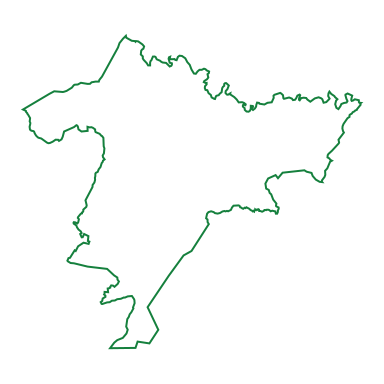 Upper Denkyira East Municipal, Central, Ghana
{"feature_id": "2480657B45731574572143", "entity_name": "Upper Denkyira East Municipal", "entity_type": "district", "adm_level": 2, "iso_a3": "GHA", "parent_name": "Ghana", "parent_adm1": "Central", "projection": "orthographic", "projection_center": [-1.726, 5.836], "detail": "fine", "context": "isolated", "style": "outline", "palette": "green", "viewbox_px": 384, "rotation_deg": 0, "n_neighbors": 0, "source": "geoboundaries", "source_scale": "gbopen_adm2", "svg_char_len": 5849}
<svg xmlns="http://www.w3.org/2000/svg" viewBox="0 0 384 384"><path d="M322.2,182.1L321.8,181.6L322.0,180.3L324.5,177.0L325.3,174.9L325.1,170.8L327.3,168.4L330.1,161.7L331.9,160.7L330.3,159.8L329.3,158.4L327.5,157.4L327.7,155.2L328.4,154.0L331.9,150.8L338.8,143.3L339.1,142.4L338.5,139.7L343.9,132.6L343.0,131.0L342.4,128.5L342.6,126.2L343.6,123.8L347.5,118.2L349.5,116.9L349.5,115.2L349.9,114.7L351.9,113.5L352.7,112.2L354.4,111.4L355.2,110.5L356.9,109.8L357.0,109.2L360.6,104.8L360.2,103.6L361.0,102.9L359.3,102.7L358.9,102.1L358.8,100.2L354.8,99.3L353.1,100.5L351.7,100.9L351.3,100.2L351.3,99.1L352.2,95.6L347.6,93.5L345.5,94.6L345.4,95.2L346.4,98.8L347.5,101.1L346.6,102.5L343.9,103.0L341.4,104.0L340.3,106.4L338.4,109.1L336.4,107.8L335.2,104.2L336.1,100.6L337.4,99.2L335.0,97.1L334.4,96.1L331.2,93.9L329.4,91.6L328.5,93.3L328.2,95.7L328.3,96.4L329.6,98.6L329.4,98.9L326.3,102.1L323.6,102.7L322.3,99.2L321.2,98.3L318.6,97.3L314.8,98.4L310.3,101.7L307.3,99.5L306.2,98.0L303.6,97.7L301.2,98.1L299.7,100.3L299.0,99.8L299.1,98.3L300.2,95.2L299.6,94.6L297.4,95.6L296.1,98.4L295.0,99.8L293.0,100.1L291.9,98.6L289.1,97.5L284.0,98.8L283.4,98.2L283.0,95.2L281.2,93.5L280.2,92.9L274.4,94.8L273.5,95.8L273.7,97.9L271.7,102.3L267.5,102.8L264.4,104.5L259.4,103.7L259.0,102.9L257.1,102.6L256.3,104.9L256.1,106.6L254.9,108.5L253.0,110.0L251.8,109.0L251.8,108.3L253.1,106.8L252.8,106.0L250.8,105.8L250.8,108.5L250.0,110.7L248.6,111.7L246.5,111.5L244.8,109.9L244.6,108.1L242.9,106.6L242.9,105.2L243.6,104.5L245.4,105.2L245.7,104.3L244.0,102.9L242.1,102.2L238.7,102.4L236.7,99.5L234.3,97.1L230.1,94.3L230.3,93.3L229.1,94.0L228.7,94.5L227.5,94.7L226.8,94.5L225.5,93.0L225.7,91.1L227.4,89.2L228.8,85.5L226.2,83.1L225.2,83.1L224.2,84.0L224.2,85.8L222.9,86.9L222.2,88.2L221.6,92.2L219.8,93.7L218.7,95.2L216.7,95.7L216.0,96.2L215.0,99.0L214.3,98.9L211.6,97.4L210.8,94.9L208.6,93.2L207.3,90.2L205.5,89.9L204.8,88.0L205.0,86.2L206.6,84.4L206.6,82.9L205.6,83.0L203.8,82.1L204.3,81.0L207.1,79.2L208.3,77.5L207.5,74.2L208.8,73.1L209.1,71.5L206.7,70.4L205.5,69.2L204.0,68.7L201.8,69.8L199.5,69.8L197.6,71.4L195.8,73.8L193.9,73.5L191.5,69.5L189.7,64.8L187.3,62.1L185.3,58.3L182.0,56.0L179.5,55.7L177.9,56.9L176.6,60.2L175.2,59.9L174.6,59.1L174.2,59.0L173.4,59.2L170.0,59.2L169.7,58.5L170.1,56.8L169.0,57.3L168.6,58.8L169.7,62.7L171.9,63.3L171.9,64.7L171.3,65.8L169.9,66.4L169.7,66.5L166.1,62.9L162.6,62.5L161.1,61.7L160.2,60.8L156.7,59.3L155.5,56.9L154.5,56.5L152.9,56.6L151.4,60.2L150.5,61.2L150.1,62.6L150.1,65.4L148.1,65.4L146.7,63.1L143.7,59.9L142.8,58.5L142.8,56.4L140.8,54.5L141.2,50.8L142.0,49.6L143.4,48.7L144.1,46.4L142.4,44.4L138.2,41.4L136.1,41.1L135.5,41.7L135.2,41.1L131.8,40.8L126.3,37.7L125.9,35.8L123.0,38.7L119.5,43.1L118.0,47.5L102.0,76.6L99.4,79.8L98.8,81.6L95.5,81.6L91.6,82.3L90.0,83.8L87.7,83.9L80.9,82.8L77.8,84.5L74.7,84.7L73.8,85.2L71.8,87.7L66.6,90.9L64.2,91.7L62.9,92.0L54.2,91.3L49.5,93.8L23.0,109.5L25.9,110.9L26.1,112.0L27.2,113.1L27.3,113.7L28.0,114.5L30.1,118.1L29.7,121.5L30.3,122.8L30.3,123.7L29.6,126.8L30.0,129.6L31.3,130.7L33.4,131.1L34.1,131.6L34.7,133.3L35.7,135.0L36.5,136.1L38.3,137.7L41.3,138.5L47.1,142.7L48.4,143.2L49.9,143.0L52.7,141.7L55.6,139.7L58.2,139.8L59.0,140.9L61.5,139.4L62.7,136.8L64.1,131.5L74.0,127.1L76.4,125.2L77.1,125.5L77.8,126.4L78.5,129.4L81.5,131.5L87.6,130.9L87.5,126.8L89.6,127.4L91.4,127.2L92.9,127.8L95.1,129.4L95.2,131.0L95.6,132.1L99.6,133.8L101.5,135.9L102.1,136.1L103.4,137.9L103.7,146.3L104.4,148.4L103.9,153.4L102.7,155.5L103.0,157.2L104.6,159.4L103.0,160.6L102.7,161.9L101.7,163.1L100.5,167.0L98.7,169.3L97.7,171.9L95.9,172.8L95.4,173.6L95.3,176.3L94.9,177.9L95.1,179.8L94.4,182.5L92.6,185.0L92.5,187.0L85.5,200.3L86.7,205.3L86.3,206.9L83.3,209.6L83.3,211.1L82.9,211.9L82.0,212.5L82.0,213.4L80.8,213.7L78.1,217.0L77.8,217.9L78.9,219.2L78.2,222.3L77.4,223.4L75.1,222.3L73.8,222.2L73.5,222.9L73.8,223.7L76.3,225.4L77.0,227.3L78.5,229.5L80.8,231.4L81.6,233.0L80.2,234.0L81.7,237.3L82.7,237.2L84.1,234.0L88.4,236.1L87.9,241.0L89.4,241.6L88.6,243.9L83.5,242.7L78.1,246.3L75.7,251.0L74.7,250.3L70.0,257.8L68.5,258.1L67.4,260.7L67.8,261.3L70.6,263.0L74.0,263.3L87.6,266.6L107.1,268.9L114.1,275.4L117.3,277.5L117.5,279.6L118.9,281.5L117.7,283.9L114.5,286.8L113.0,285.6L111.2,285.4L109.9,287.4L110.1,287.7L109.3,288.2L107.7,288.5L108.1,292.2L104.6,291.9L104.5,293.9L104.1,294.5L105.4,295.6L105.4,296.9L102.7,298.5L102.2,301.0L100.7,302.1L101.6,303.9L102.3,304.0L107.1,302.4L109.7,302.2L111.9,300.7L114.9,300.5L117.2,299.2L120.8,298.8L123.8,297.5L124.9,297.6L127.7,296.4L131.9,296.0L133.9,298.9L134.4,300.1L134.6,303.2L133.0,307.5L133.4,308.4L131.3,312.3L129.7,314.3L128.8,316.9L127.3,319.1L126.2,326.6L127.7,329.7L126.5,333.5L122.8,337.9L117.3,340.1L114.3,342.6L110.1,348.2L135.5,347.9L137.6,341.6L149.4,343.4L158.3,329.8L147.6,307.2L168.8,275.7L183.6,255.4L191.5,251.0L208.8,224.1L207.6,222.1L207.5,219.5L206.1,218.3L207.1,213.7L208.5,212.1L211.1,211.3L213.7,212.1L214.9,213.1L217.6,213.6L220.0,213.0L222.4,211.5L224.4,211.0L225.5,211.4L227.0,210.9L228.1,211.3L230.9,209.9L232.0,207.5L233.5,205.7L238.5,205.4L239.5,205.8L240.2,207.3L241.3,207.6L241.9,208.2L243.2,208.8L244.7,207.7L245.6,208.1L246.4,207.3L249.3,208.8L250.5,210.0L252.4,210.9L252.7,211.4L253.5,211.2L254.0,211.5L254.0,210.7L254.5,210.7L255.1,210.1L255.2,209.4L256.0,210.1L256.3,209.7L257.1,209.9L257.3,209.5L258.4,209.2L259.0,209.6L259.2,211.0L260.3,211.0L262.1,211.7L263.8,210.9L264.4,210.0L266.2,210.1L266.4,209.8L268.1,209.7L269.3,210.1L270.7,211.3L272.2,210.7L275.3,211.4L275.9,213.7L277.1,213.7L277.9,211.9L277.8,210.7L278.7,208.8L278.6,207.5L276.2,206.3L276.0,205.3L276.4,203.6L273.2,199.6L271.2,194.3L269.7,193.0L268.7,189.9L266.2,188.6L265.4,183.6L268.1,178.5L275.6,175.1L278.0,178.2L282.6,172.7L304.4,170.3L306.6,171.7L311.5,172.9L312.7,176.0L315.8,179.6L319.6,181.8L322.2,182.1Z" fill="none" stroke="#15803d" stroke-width="2"/></svg>